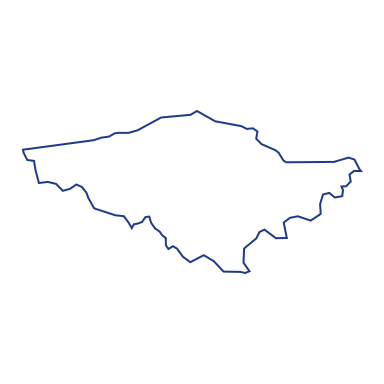 Silistra, Natural Earth projection
{"feature_id": "BGR-2261", "entity_name": "Silistra", "entity_type": "Province", "adm_level": 1, "iso_a3": "BGR", "parent_name": "Bulgaria", "parent_adm1": "", "projection": "natural_earth1", "projection_center": [27.051, 43.921], "detail": "fine", "context": "isolated", "style": "outline", "palette": "blue", "viewbox_px": 384, "rotation_deg": 0, "n_neighbors": 0, "source": "natural_earth", "source_scale": "10m", "svg_char_len": 1250}
<svg xmlns="http://www.w3.org/2000/svg" viewBox="0 0 384 384"><path d="M197.0,111.0L215.2,121.3L241.5,126.2L246.8,128.9L252.9,128.3L253.3,128.6L257.4,131.5L256.2,138.7L261.5,144.1L275.6,150.3L278.6,152.7L283.4,160.5L286.2,162.3L333.9,161.9L348.6,157.6L354.4,159.5L359.4,169.1L361.0,171.1L360.9,171.1L354.1,170.9L349.5,174.5L350.7,181.6L346.1,186.3L341.5,186.5L343.0,190.2L342.2,196.2L334.8,197.5L329.3,192.9L323.0,194.5L320.1,204.1L320.7,213.9L310.7,220.6L297.9,216.3L290.0,217.8L283.7,222.5L286.8,238.0L275.9,238.2L264.4,229.6L259.4,232.1L256.3,238.4L244.1,248.5L243.5,262.7L249.5,271.3L245.1,273.0L240.3,271.9L223.6,271.6L213.7,261.1L203.7,255.2L190.3,262.2L182.9,256.7L176.9,248.5L172.9,246.2L168.4,249.0L165.9,245.3L165.8,238.1L162.1,235.1L159.6,231.6L155.0,228.4L151.0,222.6L149.3,216.6L145.6,217.0L142.0,222.0L137.6,223.6L133.8,224.3L131.8,228.1L128.3,222.2L123.8,216.2L115.4,215.3L94.2,208.4L88.4,198.1L86.4,192.7L82.0,187.0L76.4,184.5L69.9,188.9L62.8,190.8L56.1,183.9L47.7,181.9L38.9,183.0L35.6,170.5L34.0,160.9L27.3,160.0L23.6,152.7L23.0,149.7L43.9,146.9L93.6,140.2L102.0,137.5L107.0,137.0L109.4,136.4L114.4,133.5L117.2,132.9L128.5,132.9L137.4,130.4L161.1,117.5L190.5,114.8L197.0,111.0Z" fill="none" stroke="#1e3a8a" stroke-width="2"/></svg>